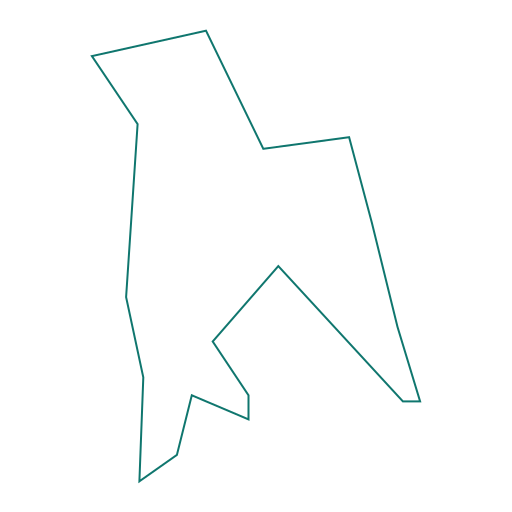 an SVG outline of Kowloon City
{"feature_id": "HKG-5158", "entity_name": "Kowloon City", "entity_type": "state/province", "adm_level": 1, "iso_a3": "HKG", "parent_name": "Hong Kong S.A.R.", "parent_adm1": "", "projection": "albers", "projection_center": [114.191, 22.32], "detail": "fine", "context": "isolated", "style": "outline", "palette": "teal", "viewbox_px": 512, "rotation_deg": 0, "n_neighbors": 0, "source": "natural_earth", "source_scale": "10m", "svg_char_len": 364}
<svg xmlns="http://www.w3.org/2000/svg" viewBox="0 0 512 512"><path d="M397.5,326.9L420.1,401.4L402.9,401.4L278.3,266.1L212.7,341.5L248.5,395.3L248.5,419.4L191.8,395.3L176.9,454.9L139.4,481.3L143.3,377.4L126.1,297.1L130.7,228.1L137.6,124.1L91.9,56.1L206.0,30.7L263.3,148.8L349.1,137.2L371.9,222.9L397.5,326.9Z" fill="none" stroke="#0f766e" stroke-width="2"/></svg>